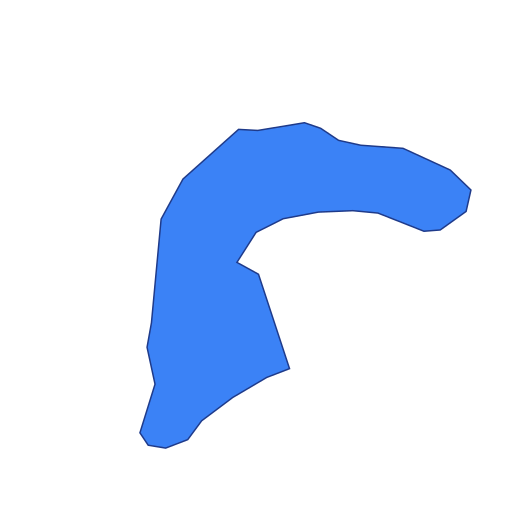 the Metropolitan department of Hauts-de-Seine, rotated 49°
{"feature_id": "FRA-5306", "entity_name": "Hauts-de-Seine", "entity_type": "Metropolitan department", "adm_level": 1, "iso_a3": "FRA", "parent_name": "France", "parent_adm1": "", "projection": "orthographic", "projection_center": [2.26, 48.844], "detail": "fine", "context": "isolated", "style": "filled", "palette": "blue", "viewbox_px": 512, "rotation_deg": 49, "n_neighbors": 0, "source": "natural_earth", "source_scale": "10m", "svg_char_len": 561}
<svg xmlns="http://www.w3.org/2000/svg" viewBox="0 0 512 512"><g transform="rotate(49 256 256)"><path d="M285.3,153.2L263.8,180.1L245.7,211.0L238.2,240.4L248.3,274.6L271.4,266.1L363.0,304.6L354.7,327.5L347.5,366.3L344.7,405.1L349.8,428.0L341.7,450.2L328.1,461.5L313.3,459.6L286.5,416.3L253.4,398.1L237.8,378.7L165.9,303.4L150.0,260.6L149.0,186.1L162.4,172.3L187.2,132.0L202.1,123.4L222.9,117.8L241.1,104.3L271.2,74.4L318.6,53.0L347.2,50.5L360.2,68.2L357.2,99.9L347.5,113.0L303.6,135.8L285.3,153.2Z" fill="#3b82f6" stroke="#1e3a8a" stroke-width="1.5"/></g></svg>